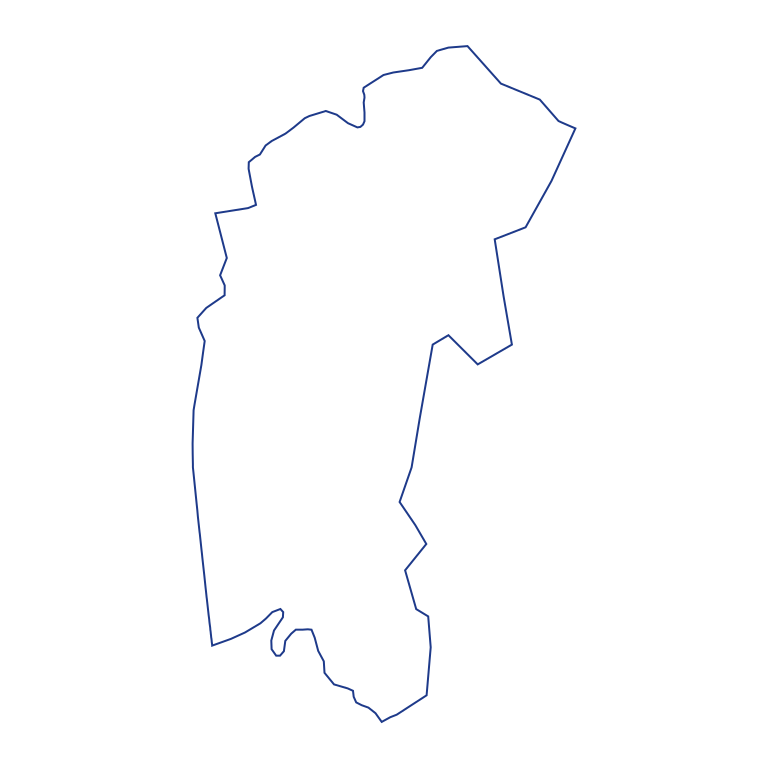 Kubum, Southern Darfur, Sudan
{"feature_id": "16777658B37095470254890", "entity_name": "Kubum", "entity_type": "district", "adm_level": 2, "iso_a3": "SDN", "parent_name": "Sudan", "parent_adm1": "Southern Darfur", "projection": "robinson", "projection_center": [23.862, 11.742], "detail": "fine", "context": "isolated", "style": "outline", "palette": "blue", "viewbox_px": 768, "rotation_deg": 0, "n_neighbors": 0, "source": "geoboundaries", "source_scale": "gbopen_adm2", "svg_char_len": 2081}
<svg xmlns="http://www.w3.org/2000/svg" viewBox="0 0 768 768"><path d="M561.5,122.4L558.5,121.0L539.8,99.6L500.9,83.6L467.5,46.1L448.4,47.6L436.9,50.9L430.8,57.1L422.2,67.8L409.0,70.2L393.3,72.5L383.5,75.0L363.7,87.7L363.0,91.1L364.3,94.8L364.5,97.6L363.7,102.5L364.5,112.5L364.5,121.2L363.0,124.6L360.4,126.9L357.4,127.4L348.0,123.2L336.7,114.7L325.8,111.0L309.4,116.0L304.8,118.2L293.5,127.6L285.5,133.6L271.7,141.0L265.6,145.5L259.9,154.5L255.1,156.9L248.8,162.2L248.6,168.8L251.9,186.3L252.5,189.1L255.3,201.6L256.0,204.9L248.0,208.1L217.7,212.9L215.3,213.3L226.8,258.0L220.1,275.3L221.3,277.9L224.7,285.4L224.7,287.1L224.6,295.3L221.2,297.6L212.8,303.4L206.3,307.9L203.5,311.0L197.4,317.8L198.1,322.7L198.8,327.6L204.7,341.0L203.0,353.0L201.4,364.9L194.5,404.7L193.6,410.2L192.6,443.5L192.7,454.0L192.8,459.4L192.9,464.4L192.9,467.3L193.3,471.0L196.6,503.4L197.3,510.0L197.9,516.8L199.6,532.4L199.8,533.8L201.5,549.8L202.0,554.2L202.3,557.3L204.3,575.4L205.6,587.9L205.9,590.5L206.1,592.4L206.6,597.2L206.8,598.6L208.4,612.9L208.6,614.8L209.2,619.4L209.4,621.7L209.6,623.4L210.1,627.0L210.2,627.8L210.3,629.3L210.4,630.4L210.5,630.7L210.7,632.5L210.9,634.6L211.0,634.9L211.0,635.1L211.1,636.4L211.2,637.3L211.3,638.1L211.4,638.3L211.4,638.6L211.6,640.1L211.8,642.5L211.9,642.8L211.9,643.1L212.0,643.6L212.1,644.6L212.2,645.2L212.2,645.6L230.9,638.9L245.0,632.5L260.4,623.3L266.0,618.5L272.3,612.1L280.4,609.0L283.2,612.1L282.9,617.3L278.3,624.1L274.0,630.5L271.3,640.5L271.6,649.2L276.2,655.7L280.0,655.7L283.9,651.2L285.3,640.9L291.2,633.7L295.8,629.7L302.1,629.7L307.8,629.3L311.5,629.7L314.7,637.7L318.2,650.9L323.8,661.3L324.5,672.8L334.0,684.4L347.7,688.4L353.0,690.8L353.7,696.8L356.2,702.4L361.7,705.2L368.4,707.6L375.5,713.2L381.7,721.9L390.3,717.2L396.7,714.7L426.6,695.3L430.7,647.3L428.2,616.4L416.2,609.1L405.1,570.3L426.3,544.0L415.3,525.1L399.6,502.0L411.6,467.4L419.7,418.5L432.7,344.6L448.4,335.2L477.7,364.4L511.9,344.6L503.6,296.4L494.7,239.3L525.6,227.3L551.5,180.9L575.4,128.4L569.3,125.8L561.5,122.4Z" fill="none" stroke="#1e3a8a" stroke-width="2"/></svg>